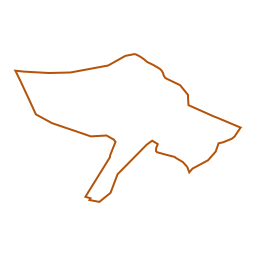 the district of Frogn nor, Akershus, Norway
{"feature_id": "86288312B7520340450988", "entity_name": "Frogn nor", "entity_type": "district", "adm_level": 2, "iso_a3": "NOR", "parent_name": "Norway", "parent_adm1": "Akershus", "projection": "natural_earth1", "projection_center": [10.684, 59.665], "detail": "fine", "context": "isolated", "style": "outline", "palette": "amber", "viewbox_px": 256, "rotation_deg": 0, "n_neighbors": 0, "source": "geoboundaries", "source_scale": "gbopen_adm2", "svg_char_len": 1388}
<svg xmlns="http://www.w3.org/2000/svg" viewBox="0 0 256 256"><path d="M35.9,114.4L51.9,123.1L90.9,136.4L106.5,135.5L113.8,139.6L115.5,141.9L110.1,155.4L109.9,157.3L85.4,196.8L90.5,198.3L89.5,200.0L99.3,201.9L110.5,192.9L117.6,174.2L145.4,146.0L145.7,145.6L147.2,144.3L152.2,140.7L157.8,144.1L156.2,148.0L156.0,151.0L157.0,152.2L162.3,153.7L167.5,155.1L174.6,156.9L175.8,157.9L182.9,162.1L187.2,166.9L189.3,172.4L192.5,168.6L208.0,160.3L215.7,151.6L218.6,143.3L223.1,142.3L231.7,138.8L234.5,136.6L240.4,127.8L240.6,127.6L215.9,117.2L214.2,116.6L188.5,105.2L188.1,99.3L188.0,94.9L180.1,85.2L165.8,78.3L165.4,78.1L165.3,77.8L164.8,77.2L164.3,76.5L164.0,75.9L163.6,75.1L163.3,74.1L163.2,73.5L163.0,72.9L162.4,72.0L161.9,71.0L161.2,70.2L160.5,69.5L159.9,68.9L158.9,68.3L158.4,67.9L157.3,67.3L156.3,66.7L155.4,66.2L154.7,65.8L154.1,65.4L153.3,65.0L152.7,64.7L151.9,64.3L151.4,64.0L150.7,63.7L150.1,63.4L149.4,63.1L148.8,62.8L148.1,62.4L147.3,62.0L146.7,61.6L146.3,61.3L145.9,60.9L145.4,60.5L145.1,60.2L144.2,59.5L143.5,58.9L142.8,58.5L142.4,58.1L141.8,57.7L141.3,57.4L140.9,57.1L140.4,56.8L139.9,56.5L139.4,56.2L138.7,55.8L138.2,55.6L137.8,55.3L137.5,55.1L137.0,55.0L136.5,54.8L136.1,54.5L135.8,54.4L135.4,54.3L135.0,54.2L134.7,54.2L134.4,54.1L125.3,55.9L108.2,65.5L70.4,72.5L48.7,73.0L23.7,71.6L15.4,70.7L20.4,80.9L29.8,101.1L35.9,114.4Z" fill="none" stroke="#b45309" stroke-width="2"/></svg>